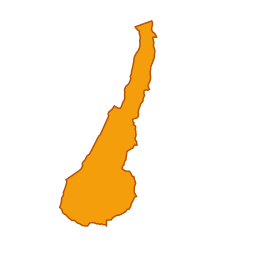 Rongo, Nyanza, Kenya, rotated 204°
{"feature_id": "3690345B66015009568744", "entity_name": "Rongo", "entity_type": "district", "adm_level": 2, "iso_a3": "KEN", "parent_name": "Kenya", "parent_adm1": "Nyanza", "projection": "orthographic", "projection_center": [34.594, -0.817], "detail": "fine", "context": "isolated", "style": "filled", "palette": "amber", "viewbox_px": 256, "rotation_deg": 204, "n_neighbors": 0, "source": "geoboundaries", "source_scale": "gbopen_adm2", "svg_char_len": 3293}
<svg xmlns="http://www.w3.org/2000/svg" viewBox="0 0 256 256"><g transform="rotate(204 128 128)"><path d="M149.9,235.5L162.6,223.3L161.0,222.3L158.9,221.4L157.0,221.2L156.3,219.1L154.3,216.8L153.2,214.7L152.9,212.6L151.5,210.3L150.5,207.6L150.1,205.3L150.2,202.9L150.8,199.8L151.1,196.9L151.0,194.9L150.8,194.0L150.5,193.2L149.7,191.0L149.2,188.6L148.6,186.0L148.1,183.1L147.7,180.9L146.9,178.7L146.9,176.0L145.8,174.8L145.3,173.4L145.3,170.9L145.3,168.6L146.3,166.6L146.9,164.8L146.9,162.9L146.7,161.3L145.5,159.6L145.2,158.2L144.1,155.9L143.0,153.8L142.8,152.4L143.0,150.8L143.1,148.7L142.8,145.8L142.8,143.1L144.5,142.3L145.6,142.1L147.5,142.3L149.4,142.7L149.6,141.9L149.8,141.2L149.9,139.8L150.3,138.3L151.2,136.4L152.1,134.6L151.8,132.6L150.5,131.2L150.6,110.7L151.2,109.3L151.6,107.0L151.9,99.4L152.1,96.1L152.4,90.9L152.6,88.1L154.0,86.1L154.3,83.7L154.1,82.1L154.7,80.2L155.4,77.8L154.8,75.8L154.2,75.3L154.1,73.1L154.3,71.4L155.5,68.7L157.1,66.2L158.0,64.6L163.6,55.5L162.7,54.8L161.8,53.3L161.5,51.3L161.3,49.4L161.0,47.1L160.9,45.2L160.9,43.0L160.0,41.3L159.8,40.5L159.8,39.7L160.0,38.3L159.9,36.4L159.1,34.2L158.4,31.5L158.2,27.8L157.5,27.5L156.1,26.9L154.6,25.9L154.1,25.2L153.2,24.1L152.5,23.8L151.3,23.5L149.9,23.4L149.3,23.4L148.8,23.2L147.4,22.5L146.9,22.3L146.3,22.0L144.9,21.5L143.1,21.2L142.6,21.0L141.9,20.7L140.4,21.2L139.5,21.8L137.9,21.4L136.6,20.9L135.7,20.7L135.2,20.6L133.8,20.9L132.2,20.7L131.4,20.6L130.8,20.5L129.0,20.6L127.5,21.2L126.6,21.4L125.2,22.0L124.9,22.8L124.7,23.6L124.5,25.1L124.1,25.9L122.8,26.7L121.3,27.3L119.9,27.7L119.1,27.6L117.6,27.7L116.0,28.4L115.4,28.5L114.4,28.5L113.4,29.7L111.3,29.6L109.4,30.5L108.0,30.0L108.3,30.7L108.6,31.6L109.3,33.1L110.0,34.9L107.9,36.3L105.9,37.2L105.6,39.6L104.1,41.8L103.2,43.2L102.7,43.7L102.2,44.0L101.0,44.5L99.5,46.1L97.8,48.2L96.1,50.8L95.6,53.4L94.0,54.4L93.8,56.3L93.7,57.9L94.3,60.2L94.0,62.6L94.0,63.3L93.9,64.0L93.8,65.4L94.0,67.3L92.4,69.0L94.0,70.2L95.3,71.1L95.9,71.5L96.3,72.2L97.0,73.7L98.0,76.1L98.4,78.7L98.5,80.6L99.7,82.1L101.4,83.8L102.7,85.8L104.7,85.8L106.1,87.2L107.5,88.1L109.1,89.0L111.3,88.1L113.4,87.6L115.1,88.1L116.8,88.3L117.2,89.7L117.3,91.3L116.7,92.7L117.3,94.6L117.4,96.5L116.9,98.3L117.7,99.8L118.1,102.0L118.9,104.4L119.5,106.0L118.3,107.9L116.9,110.0L115.5,111.4L115.5,113.5L114.9,115.2L112.8,116.1L114.0,117.7L114.6,119.1L116.5,120.0L117.5,121.5L117.4,123.0L117.8,124.9L119.0,126.7L119.4,128.0L120.8,129.6L121.2,131.4L122.0,132.8L123.5,133.2L124.4,133.2L124.6,135.2L125.9,135.6L126.4,136.2L127.2,137.6L126.3,139.0L124.9,139.9L123.7,141.3L123.3,143.1L124.2,145.2L125.2,146.8L125.6,149.1L126.0,151.2L125.9,153.0L126.2,155.0L125.8,157.1L125.2,158.6L126.1,160.6L126.2,162.4L126.1,164.5L127.7,166.2L128.2,168.0L128.4,168.8L127.2,170.2L125.2,170.6L124.2,172.1L125.6,173.3L126.9,174.5L127.2,176.5L127.0,178.2L127.0,179.9L127.4,182.1L128.4,184.4L129.8,186.8L130.7,188.7L131.2,190.7L132.2,193.7L132.2,196.1L132.3,197.7L132.4,199.3L132.4,201.4L132.9,203.9L133.7,205.7L134.2,207.4L134.8,209.4L136.3,211.4L137.8,212.8L138.1,213.3L138.4,214.1L138.8,215.3L139.3,217.0L140.9,218.8L142.3,220.7L140.8,221.8L138.9,222.6L140.3,224.1L142.4,225.3L144.1,225.7L145.5,226.5L146.6,227.8L147.1,229.4L147.6,232.1L148.4,234.1L149.9,235.5Z" fill="#f59e0b" stroke="#b45309" stroke-width="1.5"/></g></svg>